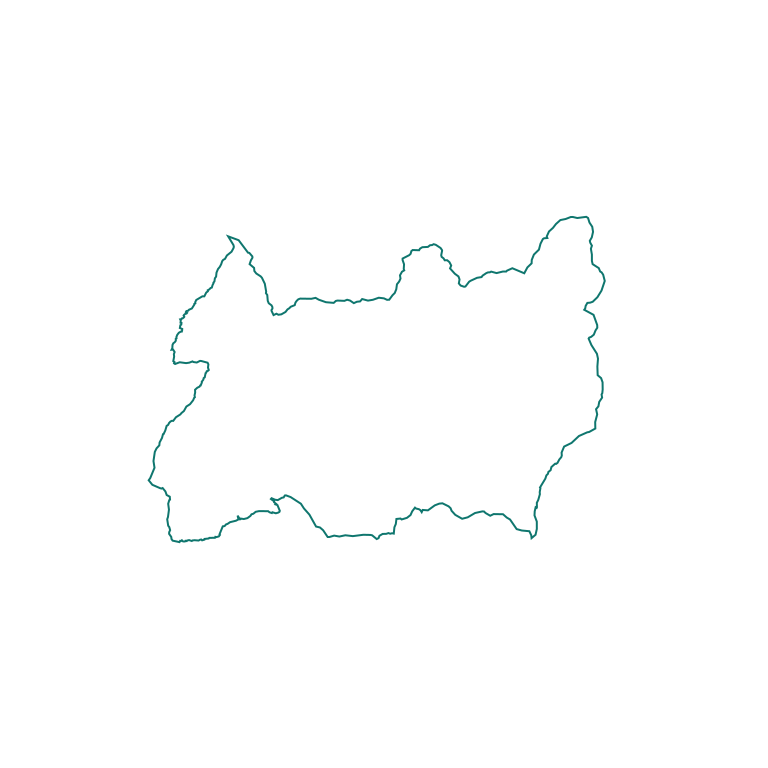 Tulghes, Harghita, Romania (Mercator projection), rotated 232°
{"feature_id": "2599482B18577768753782", "entity_name": "Tulghes", "entity_type": "district", "adm_level": 2, "iso_a3": "ROU", "parent_name": "Romania", "parent_adm1": "Harghita", "projection": "mercator", "projection_center": [25.75, 46.909], "detail": "fine", "context": "isolated", "style": "outline", "palette": "teal", "viewbox_px": 768, "rotation_deg": 232, "n_neighbors": 0, "source": "geoboundaries", "source_scale": "gbopen_adm2", "svg_char_len": 6166}
<svg xmlns="http://www.w3.org/2000/svg" viewBox="0 0 768 768"><g transform="rotate(232 384 384)"><path d="M461.8,510.5L463.6,509.2L463.9,507.4L465.0,505.7L465.0,503.0L468.2,498.4L468.5,495.7L467.8,494.0L471.9,489.1L471.9,487.4L470.2,485.1L470.0,483.2L471.4,475.9L470.3,475.0L466.0,473.5L462.4,470.3L461.1,469.9L461.4,467.3L459.8,463.5L456.9,461.9L455.4,459.0L454.6,455.6L451.1,452.0L449.1,448.5L448.7,445.3L447.2,440.0L448.5,438.2L451.5,436.7L455.2,433.0L457.2,427.1L459.6,422.7L464.4,419.1L463.8,416.0L465.5,413.3L466.3,410.0L470.7,408.6L473.1,406.8L473.9,404.0L478.4,398.7L479.1,397.2L478.9,394.3L484.2,388.6L490.6,384.5L494.0,383.1L495.9,379.2L502.9,370.5L503.5,368.6L503.3,366.5L502.7,364.4L501.1,362.2L502.3,358.0L502.0,356.0L502.2,353.9L501.4,350.7L502.1,346.0L503.6,343.4L505.6,342.5L506.3,339.4L510.8,340.4L511.5,340.8L512.1,342.5L513.3,343.4L515.2,343.8L518.6,342.9L521.1,343.6L526.0,346.8L528.3,346.9L529.3,348.0L536.4,351.8L542.8,353.2L544.7,353.1L549.7,351.4L552.8,351.4L555.5,353.1L561.2,351.9L563.4,355.3L564.5,358.1L565.6,358.8L570.2,358.6L571.2,357.7L586.8,358.0L596.3,352.1L586.1,350.9L584.5,350.1L583.7,349.0L582.1,345.3L582.0,339.3L580.5,335.8L580.8,333.7L580.4,332.1L578.6,329.4L577.4,326.7L576.8,324.0L574.9,320.6L572.0,317.8L571.4,315.8L569.2,313.5L568.9,312.0L568.3,311.6L567.5,309.8L566.0,307.7L566.4,306.4L566.1,304.5L566.4,302.8L565.5,302.3L565.5,300.2L563.7,296.4L564.9,294.9L565.8,287.8L564.7,285.6L563.7,285.0L563.9,283.8L563.3,283.3L561.8,279.1L562.6,276.0L562.3,274.9L563.1,273.2L562.7,272.2L561.3,272.6L561.1,271.7L561.6,270.9L561.6,269.1L561.3,268.2L559.9,268.0L559.7,267.4L559.7,265.6L560.1,265.2L559.9,264.1L560.4,263.2L559.1,262.9L557.6,261.4L556.8,262.0L555.6,260.8L555.7,259.7L553.8,257.6L551.6,258.9L550.3,257.7L549.8,256.9L550.3,256.4L550.7,253.9L550.0,251.3L548.8,249.3L547.7,248.6L547.8,247.7L546.3,246.6L545.8,245.0L545.8,243.0L545.0,241.4L542.6,239.3L541.8,237.7L541.0,239.0L538.1,238.7L536.9,236.8L534.8,235.5L531.7,232.0L530.2,232.4L529.6,231.3L528.4,231.7L526.9,236.4L522.3,240.9L520.7,243.7L519.7,247.0L518.7,247.3L516.2,249.7L515.5,253.2L514.7,254.1L509.4,258.1L507.6,257.7L505.3,255.4L502.9,254.5L502.8,252.9L503.2,252.2L502.3,250.6L502.4,250.1L499.6,246.8L499.7,245.6L498.6,244.2L498.0,241.8L497.3,241.4L495.7,238.6L496.0,238.2L495.5,237.0L496.0,234.6L495.8,231.6L493.5,229.9L491.7,227.7L490.0,226.8L490.0,225.9L488.7,223.6L487.5,218.7L487.9,214.4L485.9,209.7L485.8,206.4L485.4,204.8L485.9,199.6L484.7,195.2L485.6,194.2L485.9,192.6L485.6,190.6L484.7,188.8L484.8,186.9L482.0,183.0L480.2,179.4L480.5,178.9L478.2,175.9L476.1,171.2L474.0,169.2L473.3,165.1L471.6,161.6L465.2,154.9L459.3,151.6L453.8,141.9L453.0,139.3L447.2,139.4L439.8,143.4L438.6,144.3L438.3,145.5L433.9,145.6L430.3,144.4L427.1,145.8L424.6,144.2L424.7,143.3L422.5,140.2L417.4,137.2L412.2,131.9L410.9,129.9L405.2,126.7L403.5,126.7L400.5,125.5L399.5,123.5L398.2,122.4L394.5,122.2L392.6,121.1L390.7,121.0L385.3,125.5L385.9,126.8L385.3,127.3L385.3,128.5L384.1,128.5L383.0,129.4L382.2,130.9L382.5,131.2L381.7,131.9L381.9,132.4L381.0,134.3L378.6,135.9L378.6,136.8L377.5,138.6L374.8,141.5L374.5,143.3L373.9,144.3L372.8,144.4L371.9,146.7L372.4,147.2L370.2,150.7L370.3,151.6L366.9,156.1L367.4,157.0L366.5,157.7L365.6,160.0L366.1,161.8L366.8,161.8L371.1,169.3L370.2,170.9L370.6,173.2L370.1,174.5L369.9,177.6L367.4,183.2L366.9,185.9L370.4,187.6L366.0,187.2L365.8,187.7L366.1,188.3L363.9,190.4L362.4,193.8L362.3,197.5L362.9,199.4L362.2,201.2L362.3,204.2L360.8,207.2L355.1,214.4L353.4,214.8L351.3,216.2L351.6,217.1L348.7,219.2L347.8,221.4L347.6,222.8L348.2,223.8L354.2,225.5L355.9,224.4L356.0,225.2L358.5,224.6L359.1,225.2L363.0,224.1L363.2,225.1L359.9,226.9L357.9,228.8L357.2,233.5L356.4,235.1L357.2,237.2L356.6,238.2L352.4,240.8L340.8,244.8L335.2,244.3L327.0,244.8L313.5,242.7L310.4,245.2L306.2,246.0L298.1,245.4L297.0,246.9L295.2,251.4L291.3,254.9L288.6,260.4L283.3,265.8L277.9,274.9L273.4,280.4L272.1,281.5L266.3,282.8L265.9,284.8L267.2,287.0L266.7,290.6L264.5,293.6L263.8,295.7L262.2,296.7L261.4,298.5L260.1,299.6L264.7,304.0L266.4,307.1L270.0,310.7L267.8,314.2L266.4,314.5L264.4,319.7L264.4,324.2L266.3,327.8L267.5,332.3L266.1,332.6L263.9,334.4L262.2,335.0L259.8,334.8L260.9,337.0L257.4,340.8L257.1,349.3L255.7,353.9L254.0,356.6L247.8,359.6L245.1,360.0L242.5,359.2L237.0,359.6L229.7,362.6L227.4,367.9L226.3,376.3L223.1,383.0L222.0,384.3L219.8,384.6L214.8,386.6L214.0,390.3L208.1,397.6L203.2,398.5L199.6,399.9L188.0,399.2L183.7,402.4L178.5,407.9L174.1,406.9L171.7,405.4L171.9,410.6L175.7,415.2L181.5,419.7L187.8,421.7L190.9,424.4L193.5,427.6L192.4,428.0L192.7,428.6L196.3,431.3L197.7,434.2L201.2,439.0L202.9,440.1L205.7,443.2L206.4,443.2L210.1,452.9L212.0,455.7L212.3,457.9L213.5,459.4L213.5,462.2L215.5,464.8L215.8,469.2L215.8,469.9L215.1,470.4L215.0,472.1L216.6,475.7L217.2,478.6L218.2,480.1L220.6,481.7L223.8,487.4L222.1,495.5L223.0,505.6L220.8,514.4L219.9,516.1L218.8,523.1L224.0,527.0L228.8,533.3L233.6,535.6L234.4,539.2L237.4,542.6L239.0,547.5L241.8,549.0L242.4,550.4L245.0,552.9L250.8,557.3L255.0,558.7L259.4,557.8L266.4,562.9L272.2,568.2L276.7,570.4L286.9,571.4L293.8,573.2L294.2,574.2L293.6,576.3L293.7,579.7L296.0,583.7L297.0,586.7L299.2,588.3L309.5,591.7L319.2,587.5L319.7,589.1L321.4,591.0L322.7,594.2L321.2,596.5L320.3,599.1L321.0,605.6L323.7,612.9L329.3,621.4L335.2,624.0L338.0,624.2L339.6,623.6L343.1,624.6L350.0,622.2L353.0,623.6L358.0,627.5L363.2,630.3L365.0,633.0L368.3,633.5L370.1,634.3L371.6,638.0L375.2,642.4L379.7,644.9L384.7,645.3L389.2,647.0L391.2,646.3L395.8,638.5L399.4,635.6L400.6,634.0L402.2,628.7L404.6,623.9L404.2,618.0L403.0,613.3L402.6,607.9L400.1,603.1L398.5,602.6L400.3,599.8L400.4,598.4L398.2,593.7L394.5,588.8L393.7,581.8L390.8,576.8L388.2,574.6L387.6,568.8L384.9,562.7L396.2,556.4L397.6,550.7L397.4,549.5L399.4,547.0L402.1,541.0L406.6,537.6L406.8,536.2L407.9,534.7L408.4,532.9L408.7,528.4L408.2,526.7L410.4,522.7L412.0,515.9L412.2,514.1L410.7,508.2L411.3,507.0L414.4,505.0L417.2,504.9L419.9,507.9L422.9,508.9L427.3,507.7L434.4,507.2L436.0,509.9L439.7,510.6L442.6,510.0L444.1,508.0L446.3,508.3L448.7,507.7L450.3,508.4L453.3,511.9L454.1,512.2L456.4,512.3L461.8,510.5Z" fill="none" stroke="#0f766e" stroke-width="2"/></g></svg>